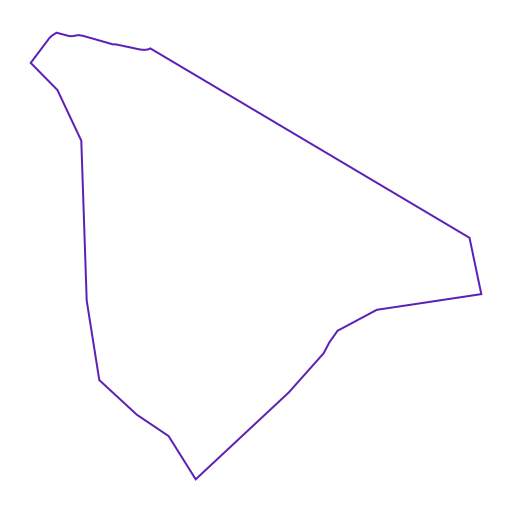 the border of Saint Peter
{"feature_id": "DMA-1441", "entity_name": "Saint Peter", "entity_type": "Parish", "adm_level": 1, "iso_a3": "DMA", "parent_name": "Dominica", "parent_adm1": "", "projection": "robinson", "projection_center": [-61.46, 15.5], "detail": "fine", "context": "isolated", "style": "outline", "palette": "violet", "viewbox_px": 512, "rotation_deg": 0, "n_neighbors": 0, "source": "natural_earth", "source_scale": "10m", "svg_char_len": 448}
<svg xmlns="http://www.w3.org/2000/svg" viewBox="0 0 512 512"><path d="M195.7,479.3L168.6,436.1L136.8,414.7L99.3,380.1L86.7,300.6L81.3,140.7L57.4,90.0L30.7,62.9L49.6,37.8L52.0,35.6L56.5,32.7L69.3,36.1L72.8,36.1L78.2,35.1L82.9,35.8L113.0,44.4L115.5,44.3L140.0,49.5L144.5,49.9L148.2,49.4L150.3,48.4L469.5,237.8L481.3,294.1L376.8,309.8L337.6,330.7L329.4,342.3L323.7,353.2L288.7,392.5L195.7,479.3Z" fill="none" stroke="#5b21b6" stroke-width="2"/></svg>